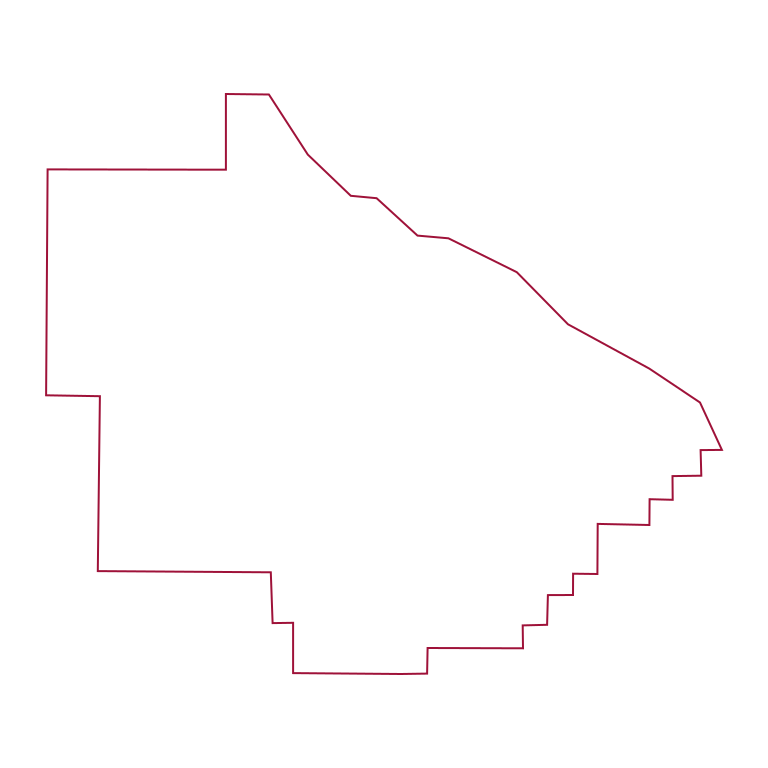 outline of Bacon, Georgia, United States of America
{"feature_id": "52423323B99380284594024", "entity_name": "Bacon", "entity_type": "district", "adm_level": 2, "iso_a3": "USA", "parent_name": "United States of America", "parent_adm1": "Georgia", "projection": "mercator", "projection_center": [-82.395, 31.564], "detail": "fine", "context": "isolated", "style": "outline", "palette": "rose", "viewbox_px": 768, "rotation_deg": 0, "n_neighbors": 0, "source": "geoboundaries", "source_scale": "gbopen_adm2", "svg_char_len": 588}
<svg xmlns="http://www.w3.org/2000/svg" viewBox="0 0 768 768"><path d="M97.8,571.1L270.8,572.3L272.6,623.1L293.1,622.8L293.1,673.1L401.1,674.0L427.1,673.6L427.6,648.0L523.0,648.3L522.7,625.4L547.1,624.8L547.9,595.1L573.0,595.0L573.1,573.7L597.4,574.0L597.7,523.9L649.4,525.0L649.6,499.2L672.7,499.8L672.5,476.1L701.3,475.7L700.6,450.1L721.9,449.9L700.0,402.5L649.3,368.6L568.0,324.3L516.8,272.2L448.4,238.3L417.5,235.6L376.6,198.2L350.8,195.8L307.8,154.6L268.9,94.5L225.9,94.0L225.9,169.7L47.6,169.4L46.1,395.3L99.9,396.2L97.8,571.1Z" fill="none" stroke="#9f1239" stroke-width="2"/></svg>